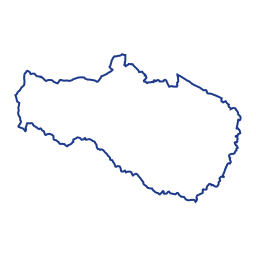 Vohibato, Haute Matsiatra, Madagascar
{"feature_id": "10022922B39439372576611", "entity_name": "Vohibato", "entity_type": "district", "adm_level": 2, "iso_a3": "MDG", "parent_name": "Madagascar", "parent_adm1": "Haute Matsiatra", "projection": "orthographic", "projection_center": [47.101, -21.673], "detail": "fine", "context": "isolated", "style": "outline", "palette": "blue", "viewbox_px": 256, "rotation_deg": 0, "n_neighbors": 0, "source": "geoboundaries", "source_scale": "gbopen_adm2", "svg_char_len": 5749}
<svg xmlns="http://www.w3.org/2000/svg" viewBox="0 0 256 256"><path d="M122.1,54.2L121.7,54.7L120.4,55.5L116.6,56.2L115.9,56.5L114.5,56.3L113.1,57.8L112.6,59.0L111.9,60.0L110.3,65.8L109.5,66.9L110.8,68.6L112.5,69.6L112.5,70.0L110.6,71.6L108.4,72.7L106.6,74.1L102.8,75.8L101.4,76.2L101.0,77.4L98.3,81.2L97.1,81.8L96.5,81.6L96.2,81.2L95.3,80.7L93.9,80.3L89.7,79.6L87.8,79.6L86.3,79.1L85.1,78.6L84.3,77.5L81.8,77.3L78.5,77.5L73.6,79.1L71.9,80.2L69.8,80.9L66.9,80.5L63.7,80.7L61.2,80.0L60.3,79.9L60.0,80.0L59.5,80.9L59.3,80.9L57.8,83.1L57.6,83.3L56.5,83.1L53.8,81.8L52.4,80.5L51.5,80.1L48.6,80.0L47.1,80.4L46.3,81.0L45.8,80.8L44.5,79.9L43.8,78.9L41.1,76.7L40.8,77.1L39.3,76.5L36.8,76.2L36.2,75.8L34.9,74.1L34.4,73.7L32.4,73.7L30.6,74.1L30.0,72.6L29.4,71.9L27.6,70.8L26.9,71.0L26.5,71.3L26.0,72.5L25.1,73.2L24.5,74.1L24.1,78.0L24.5,80.9L24.3,84.5L23.8,85.5L21.5,87.5L19.7,90.5L18.0,91.8L17.4,92.7L16.8,94.2L15.4,95.2L16.3,97.7L17.0,101.1L17.7,101.9L19.3,102.9L18.8,106.2L18.4,107.0L18.4,108.0L18.7,110.7L18.1,112.9L18.7,115.6L19.9,117.2L20.2,117.9L20.2,120.0L20.9,121.1L20.9,121.6L20.7,122.9L18.4,126.2L18.6,126.9L23.0,128.5L24.1,129.4L24.8,130.8L25.4,131.1L25.9,130.4L26.1,129.7L25.7,127.4L26.5,125.8L26.6,124.7L27.2,123.3L27.9,123.2L29.5,123.4L31.5,123.1L32.4,123.5L32.8,124.0L33.4,125.4L36.5,127.3L37.8,128.5L39.4,129.1L40.3,128.4L41.0,128.6L42.1,130.4L43.9,131.3L44.9,134.4L45.6,135.0L46.5,134.7L47.0,134.3L48.6,133.9L49.9,133.9L51.3,134.6L52.1,134.7L53.5,136.2L53.5,138.8L53.8,139.4L54.4,139.9L56.3,140.3L57.9,141.7L58.8,142.3L59.1,142.6L59.2,143.2L59.7,143.7L60.5,144.0L62.4,143.8L63.1,144.1L64.1,144.0L64.8,144.3L65.3,145.2L67.1,146.3L67.7,146.0L67.8,145.5L68.3,145.1L69.5,144.8L71.6,143.6L72.1,143.0L72.3,142.4L73.2,142.1L73.4,141.6L73.2,140.5L73.4,139.5L75.4,138.7L77.3,137.4L79.9,137.9L81.5,139.7L83.5,139.4L84.1,139.0L84.5,138.2L85.1,138.1L85.7,139.6L86.1,139.8L89.0,139.1L89.7,139.2L90.8,139.6L93.2,141.2L94.1,141.4L94.8,141.9L95.2,143.1L96.5,144.7L96.7,147.0L97.7,148.9L99.6,149.3L99.9,149.8L101.5,149.4L103.3,150.2L104.9,152.2L107.0,154.1L107.9,155.7L109.3,156.8L109.9,157.7L110.2,158.5L110.0,159.1L110.3,159.7L111.3,160.2L112.0,160.1L112.6,160.6L113.0,161.9L114.2,163.4L115.1,165.4L115.3,166.5L116.0,166.8L117.8,166.1L119.6,166.4L120.1,167.0L120.8,169.1L121.0,170.8L121.6,171.4L122.2,171.6L123.8,171.4L124.6,170.7L125.1,170.7L126.1,172.4L127.5,171.7L130.4,171.7L131.4,172.3L132.4,174.8L133.0,175.5L134.2,174.5L135.7,173.8L136.1,173.7L136.9,174.1L137.4,174.5L138.2,175.7L140.8,178.7L141.5,180.0L142.3,180.7L142.5,181.4L143.1,181.8L143.4,182.6L143.3,183.6L144.2,184.7L146.9,186.6L147.2,187.5L149.0,188.2L152.2,188.6L152.4,189.3L153.2,190.4L154.5,191.3L155.3,192.2L156.8,192.8L158.2,193.1L159.1,194.2L159.8,194.4L161.9,192.4L162.2,191.7L162.9,191.1L163.7,191.6L163.7,192.9L164.1,193.7L165.1,193.8L165.6,193.6L166.7,193.5L167.8,192.0L168.6,191.7L169.2,191.7L169.7,192.6L170.4,193.3L174.5,194.2L175.4,194.3L177.1,192.9L178.1,193.2L178.5,193.7L178.8,194.8L180.0,195.5L180.7,196.4L181.7,196.8L183.9,196.9L185.4,198.7L185.6,199.3L186.2,199.6L187.9,200.2L188.9,200.3L190.9,199.9L193.9,199.9L194.8,200.4L195.5,201.8L196.6,200.7L196.6,199.9L197.0,199.5L197.0,199.1L196.4,197.9L197.0,195.8L197.6,195.3L202.6,193.0L202.8,192.2L202.7,189.8L202.8,189.6L203.4,189.3L204.2,189.6L206.3,189.5L206.6,189.2L206.6,188.0L207.3,186.0L208.2,185.3L208.9,184.2L210.0,183.9L211.2,184.5L211.5,185.3L212.5,185.0L213.1,185.0L214.4,186.2L215.8,186.6L216.2,186.7L217.3,186.4L218.6,184.2L218.6,182.2L220.1,180.9L220.0,180.2L219.5,178.9L219.7,178.0L221.3,176.5L222.0,176.5L223.1,177.1L223.8,176.8L223.1,175.6L223.0,175.0L224.5,171.5L225.2,169.1L226.0,167.8L225.9,167.0L226.4,166.7L227.3,164.3L228.0,163.5L229.0,163.2L229.4,163.6L229.8,163.6L230.8,162.1L230.7,161.4L229.8,159.5L230.2,158.2L229.8,157.6L229.5,157.6L229.2,156.8L229.0,155.9L229.2,155.2L229.9,154.5L231.3,153.9L233.4,153.9L234.7,153.0L235.3,151.3L236.5,150.3L236.3,149.5L236.5,148.5L237.7,147.9L237.3,146.6L236.5,145.5L236.0,145.5L235.9,145.4L235.8,144.8L235.1,144.0L234.8,142.9L234.8,142.5L235.2,142.1L235.8,142.1L236.2,142.4L236.8,142.3L237.2,141.6L237.2,140.3L237.7,139.1L237.6,138.5L237.1,137.5L235.7,136.5L235.7,136.2L236.4,135.8L237.7,135.8L237.9,134.7L238.4,133.9L239.2,133.8L240.2,133.2L239.8,131.0L239.5,130.3L238.0,128.4L237.1,128.7L236.6,128.5L237.9,122.1L238.1,120.0L238.3,119.7L239.3,120.3L240.1,119.9L240.6,118.5L240.5,116.9L239.8,115.9L238.2,114.4L238.1,113.1L237.2,110.9L236.1,110.0L235.7,108.8L235.3,108.4L233.3,107.9L230.6,109.2L230.5,108.1L228.9,106.8L228.5,106.2L228.5,105.7L228.9,104.6L228.0,104.2L226.5,102.6L225.6,101.2L223.2,102.4L222.6,101.7L221.6,101.5L221.3,99.8L221.7,98.3L217.8,96.4L216.1,95.8L215.8,95.4L214.0,95.0L212.6,94.2L209.9,93.5L208.6,93.6L207.6,93.3L206.8,92.4L206.8,91.2L206.1,90.2L205.7,90.1L203.6,90.3L199.8,87.6L194.2,85.0L191.3,83.3L189.3,81.4L187.8,80.9L181.4,76.8L177.4,74.6L177.4,75.8L178.1,76.5L178.0,78.4L178.2,79.8L178.2,81.1L178.1,81.7L177.2,82.6L177.4,83.0L177.0,84.3L177.4,85.4L177.1,86.4L176.7,86.7L175.9,86.6L173.0,86.6L172.2,86.2L171.6,86.1L169.2,86.7L166.8,82.1L166.6,81.1L166.0,80.3L165.1,79.8L164.2,80.0L163.8,81.0L163.1,81.4L159.7,81.5L159.3,80.7L158.8,80.3L157.7,80.0L157.0,80.3L156.7,80.8L155.6,81.2L154.9,80.4L154.0,80.3L153.6,80.8L153.7,81.9L153.4,82.2L151.4,81.9L150.5,82.4L148.3,82.4L147.1,83.1L146.7,83.0L145.9,81.8L144.1,81.5L143.9,80.6L146.4,77.9L145.9,75.8L144.8,75.6L145.1,74.9L145.0,74.5L143.1,73.1L142.2,71.7L139.1,72.1L138.9,71.3L138.1,70.1L135.7,67.6L133.7,65.8L132.9,64.5L132.5,64.2L131.7,64.4L131.3,64.0L130.8,64.2L128.8,63.9L127.5,65.2L126.0,65.5L125.7,66.1L124.8,65.3L124.8,65.0L124.4,64.8L124.8,64.2L124.7,63.7L125.0,62.8L124.7,62.2L125.3,61.2L125.3,55.0L124.1,55.0L122.1,54.2Z" fill="none" stroke="#1e3a8a" stroke-width="2"/></svg>